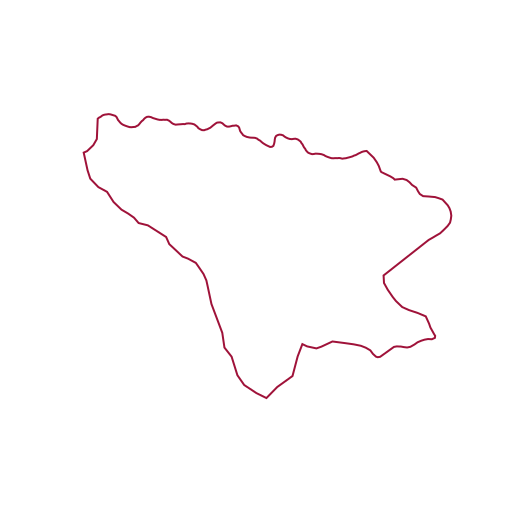 Bambio, Sangha-Mbaéré, Central African Republic (Albers equal-area conic projection), rotated 197°
{"feature_id": "33826404B86044426841106", "entity_name": "Bambio", "entity_type": "district", "adm_level": 2, "iso_a3": "CAF", "parent_name": "Central African Republic", "parent_adm1": "Sangha-Mbaéré", "projection": "albers", "projection_center": [16.839, 3.876], "detail": "fine", "context": "isolated", "style": "outline", "palette": "rose", "viewbox_px": 512, "rotation_deg": 197, "n_neighbors": 0, "source": "geoboundaries", "source_scale": "gbopen_adm2", "svg_char_len": 3491}
<svg xmlns="http://www.w3.org/2000/svg" viewBox="0 0 512 512"><g transform="rotate(197 256 256)"><path d="M451.0,304.5L442.2,288.8L437.1,281.5L426.9,275.8L417.2,273.8L408.0,266.0L398.2,261.0L390.7,259.2L383.9,257.0L377.9,253.2L368.4,253.7L347.5,247.9L342.4,242.0L326.1,234.0L320.3,233.6L311.5,231.8L308.4,229.4L300.9,223.4L296.3,218.1L293.2,212.6L284.6,197.1L265.8,172.7L259.4,159.2L249.9,152.6L238.9,136.5L229.6,129.2L227.3,128.5L215.5,125.0L204.5,123.2L197.4,136.9L186.0,151.9L186.8,172.1L185.9,185.3L180.7,184.5L171.2,185.3L167.0,188.4L157.9,196.6L144.9,198.8L136.7,200.1L129.5,200.8L124.2,200.4L119.1,199.2L115.6,196.6L111.8,194.8L110.0,194.8L107.8,195.9L97.5,209.4L95.0,210.7L90.8,211.8L88.0,212.1L84.7,212.7L81.8,214.3L78.5,217.8L76.3,220.7L73.2,223.3L70.3,225.3L67.2,226.9L63.5,227.8L61.0,230.0L61.3,232.0L63.0,233.5L68.3,238.6L70.7,241.9L76.0,247.9L84.9,248.8L93.9,249.0L101.2,249.9L109.1,253.9L113.3,256.8L120.2,262.3L125.7,267.6L128.3,274.7L95.6,321.8L92.3,325.3L89.7,328.2L86.6,331.5L83.9,336.2L81.5,340.8L80.2,344.6L80.4,347.9L81.0,351.6L82.8,355.4L85.0,358.3L87.4,360.5L89.9,362.0L94.1,364.5L98.3,364.7L102.0,364.7L105.3,364.0L108.2,363.4L113.7,362.1L117.5,363.2L120.1,365.4L122.8,368.2L127.6,369.6L130.7,371.4L134.2,372.7L138.4,372.7L145.7,369.6L147.3,370.5L150.8,371.4L153.4,371.8L160.7,372.9L161.6,373.6L164.9,378.0L167.8,380.9L172.2,384.4L180.9,388.8L182.5,388.1L184.0,387.3L185.4,386.3L186.6,385.1L187.9,384.0L189.0,382.8L190.2,381.6L191.6,380.7L192.8,379.5L194.3,378.5L195.7,377.6L197.2,376.7L198.6,375.8L200.3,375.1L201.9,374.3L204.1,374.2L205.2,374.0L206.9,373.3L208.8,372.8L210.5,372.1L212.4,371.6L214.2,371.6L216.7,371.7L218.8,371.9L220.6,372.4L223.1,372.5L225.2,372.2L227.0,371.8L229.0,371.3L230.4,370.5L232.1,369.8L234.0,369.8L236.2,370.0L237.8,370.8L239.2,371.7L240.3,372.9L241.8,373.9L242.9,375.0L244.1,376.3L245.6,377.3L246.7,378.4L248.4,379.1L250.2,379.7L252.6,379.7L254.3,379.0L255.9,378.2L257.9,377.8L259.7,377.8L261.9,378.1L263.8,378.6L265.4,379.3L267.4,379.3L269.2,378.9L270.7,377.9L271.8,376.8L272.3,374.9L272.1,372.8L271.7,370.9L271.5,368.7L271.6,366.4L272.7,365.1L274.4,364.4L276.5,364.7L278.6,365.0L280.6,365.5L282.4,366.0L284.1,366.7L285.7,367.5L287.7,367.9L289.3,368.6L291.6,368.7L293.6,368.2L295.4,367.7L297.0,367.4L297.3,367.4L299.5,367.2L301.6,367.4L303.6,367.8L304.9,368.8L306.4,369.8L307.7,370.9L308.7,372.4L309.7,373.9L311.0,374.8L313.2,375.1L314.8,374.3L316.5,373.7L317.9,372.8L319.7,371.8L321.5,371.3L323.6,371.6L325.3,372.3L326.9,373.1L329.1,373.4L330.5,372.9L332.2,372.2L333.3,371.0L334.3,369.6L335.3,368.2L336.2,366.8L337.2,365.3L338.5,364.1L339.6,363.0L341.1,362.1L342.4,361.1L344.4,360.6L346.5,360.9L348.5,361.4L349.8,362.4L351.5,363.1L353.4,363.8L355.7,363.8L357.7,363.5L359.5,363.0L361.3,362.3L362.6,361.3L364.5,360.8L366.2,360.1L367.8,359.5L369.6,358.8L371.2,358.1L373.6,358.1L375.5,358.6L377.2,359.4L378.8,360.0L380.9,360.3L382.6,359.7L384.5,359.2L386.2,358.5L388.0,358.0L390.1,357.8L392.6,357.8L394.9,357.8L397.0,358.1L399.2,357.9L400.9,357.2L402.1,356.0L403.0,354.6L403.7,352.9L404.7,351.5L405.5,349.8L406.1,348.2L406.9,346.5L408.1,345.4L409.2,344.2L411.0,343.5L412.6,342.8L414.5,342.3L416.9,342.3L419.2,342.4L421.4,342.6L423.3,343.1L424.9,343.9L426.4,344.9L427.8,345.8L428.9,347.0L430.1,348.2L431.7,348.9L434.2,348.9L436.5,348.9L438.4,348.6L440.1,347.8L441.7,347.1L443.2,346.2L444.3,345.1L445.3,343.6L446.6,342.4L447.5,341.0L442.4,321.3L444.0,314.4L448.2,306.9L451.0,304.5Z" fill="none" stroke="#9f1239" stroke-width="2"/></g></svg>